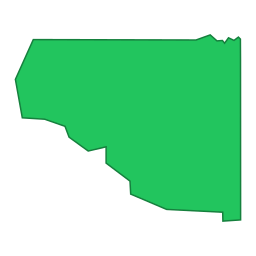 the district of Gilpin, Colorado, United States of America
{"feature_id": "52423323B33971175685434", "entity_name": "Gilpin", "entity_type": "district", "adm_level": 2, "iso_a3": "USA", "parent_name": "United States of America", "parent_adm1": "Colorado", "projection": "orthographic", "projection_center": [-105.517, 39.842], "detail": "fine", "context": "isolated", "style": "filled", "palette": "green", "viewbox_px": 256, "rotation_deg": 0, "n_neighbors": 0, "source": "geoboundaries", "source_scale": "gbopen_adm2", "svg_char_len": 424}
<svg xmlns="http://www.w3.org/2000/svg" viewBox="0 0 256 256"><path d="M22.3,117.8L44.6,119.2L65.0,126.3L69.1,137.2L88.2,151.0L106.1,146.8L106.1,163.1L130.0,181.1L130.7,194.1L166.6,209.4L222.7,212.2L222.9,221.1L240.6,219.9L240.5,58.7L240.4,39.1L238.4,37.1L234.0,40.4L228.5,37.8L224.6,43.2L222.4,40.5L217.0,40.9L210.2,34.9L196.0,40.0L33.3,39.6L15.4,79.4L22.3,117.8Z" fill="#22c55e" stroke="#15803d" stroke-width="1.5"/></svg>